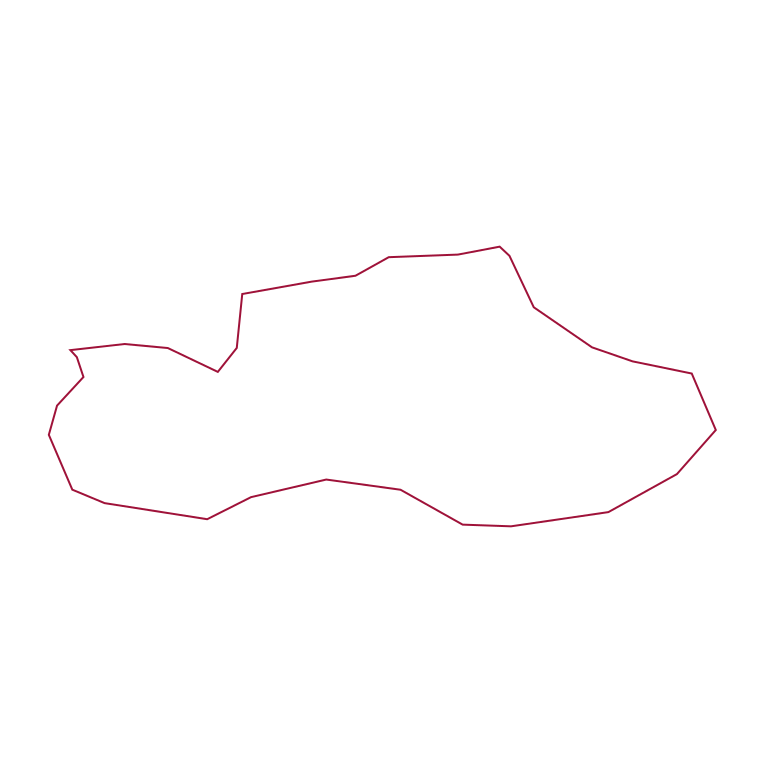 the district of Båstad, Skåne, Sweden, rotated 182°
{"feature_id": "70781695B81213219414601", "entity_name": "Båstad", "entity_type": "district", "adm_level": 2, "iso_a3": "SWE", "parent_name": "Sweden", "parent_adm1": "Skåne", "projection": "equal_earth", "projection_center": [12.848, 56.404], "detail": "fine", "context": "isolated", "style": "outline", "palette": "rose", "viewbox_px": 768, "rotation_deg": 182, "n_neighbors": 0, "source": "geoboundaries", "source_scale": "gbopen_adm2", "svg_char_len": 547}
<svg xmlns="http://www.w3.org/2000/svg" viewBox="0 0 768 768"><g transform="rotate(182 384 384)"><path d="M698.6,406.9L691.9,400.1L684.6,380.5L710.0,351.0L717.2,321.5L691.8,267.5L659.1,255.2L556.0,242.7L512.9,266.3L438.4,286.5L363.8,278.9L300.5,246.2L252.1,246.2L155.3,263.8L88.1,304.2L50.8,349.6L76.8,405.2L136.4,415.3L177.4,427.9L237.0,465.9L263.1,516.5L273.2,525.3L314.7,515.9L383.7,510.9L416.3,491.2L459.8,483.8L528.8,469.0L532.4,414.9L550.5,390.3L601.3,412.4L644.8,414.9L698.6,406.9Z" fill="none" stroke="#9f1239" stroke-width="2"/></g></svg>